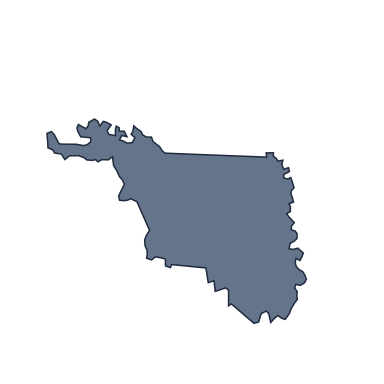 Pranchita, Paraná, Brazil (Albers equal-area conic projection), rotated 217°
{"feature_id": "56859067B45409060945550", "entity_name": "Pranchita", "entity_type": "district", "adm_level": 2, "iso_a3": "BRA", "parent_name": "Brazil", "parent_adm1": "Paraná", "projection": "albers", "projection_center": [-53.701, -25.973], "detail": "fine", "context": "isolated", "style": "filled", "palette": "slate", "viewbox_px": 384, "rotation_deg": 217, "n_neighbors": 0, "source": "geoboundaries", "source_scale": "gbopen_adm2", "svg_char_len": 2246}
<svg xmlns="http://www.w3.org/2000/svg" viewBox="0 0 384 384"><g transform="rotate(217 192 192)"><path d="M313.1,141.4L311.6,147.1L304.7,152.6L298.8,154.5L295.6,154.2L290.7,157.2L288.5,159.8L285.3,159.5L283.3,163.7L278.2,167.3L276.7,172.3L270.5,165.9L264.8,163.7L259.0,160.6L254.8,159.7L250.7,157.5L248.2,144.6L244.8,141.8L241.0,144.2L238.5,146.7L237.0,149.7L230.1,151.1L202.8,135.8L202.3,129.8L201.0,125.2L197.0,120.7L193.0,118.6L190.3,115.4L188.4,111.7L183.4,113.5L182.2,118.1L177.9,120.4L172.9,122.5L168.7,117.0L163.8,118.6L164.5,121.8L135.2,139.7L124.5,129.4L121.0,134.3L113.6,126.6L107.4,135.7L103.8,135.7L101.9,133.2L94.3,123.1L93.2,126.3L63.5,124.4L60.5,128.3L62.0,132.0L63.5,136.6L61.1,141.6L57.3,141.0L54.7,138.6L50.6,135.2L50.1,140.8L49.1,145.0L44.7,145.1L40.9,146.3L41.0,150.3L41.1,153.7L42.2,156.9L42.9,161.0L43.3,165.6L43.2,169.6L45.8,172.0L48.0,175.7L52.3,177.3L53.4,180.8L49.3,182.6L47.5,187.1L48.2,191.2L51.6,193.4L55.4,195.0L60.5,194.5L64.2,195.4L67.4,198.2L68.9,201.5L64.5,202.3L65.4,207.1L66.4,210.3L69.9,210.5L73.6,210.9L76.6,207.1L80.3,205.0L82.7,210.0L80.8,214.2L80.2,218.1L83.2,222.1L86.4,222.9L90.1,221.5L92.1,224.9L91.8,229.1L96.2,229.9L100.0,230.5L103.4,231.8L101.7,235.6L104.4,239.3L107.4,240.9L104.9,245.1L108.9,248.2L112.0,250.2L113.5,253.1L113.0,256.8L116.1,259.0L119.3,261.3L121.8,263.0L123.3,260.1L127.2,258.4L129.3,261.4L127.8,264.1L126.6,267.1L129.5,269.5L132.4,265.5L136.7,267.8L138.6,272.1L142.1,268.2L144.7,269.6L148.3,269.4L150.6,272.3L156.3,267.9L153.5,264.7L202.0,231.0L236.8,206.9L240.5,206.9L245.1,208.7L253.6,208.8L257.4,211.5L261.4,208.5L265.7,207.9L268.8,209.6L274.4,209.4L278.3,209.8L275.7,204.8L275.3,201.4L270.3,201.1L269.4,195.4L273.2,192.0L277.2,191.5L281.4,190.0L282.0,194.9L277.2,197.0L282.8,199.8L286.6,196.8L288.9,199.5L292.1,199.0L290.8,195.9L287.1,190.9L293.0,188.0L296.7,189.8L296.9,197.0L302.6,196.1L305.4,195.0L305.3,189.2L309.8,191.8L313.8,191.6L316.4,185.6L314.6,182.0L314.9,178.7L323.4,177.5L322.4,173.8L319.6,171.6L314.1,169.1L305.6,174.3L303.1,171.1L304.2,166.6L306.6,163.8L313.3,160.4L324.5,152.1L327.2,150.5L336.2,154.8L340.6,155.7L343.1,151.5L336.3,143.9L333.6,140.6L328.4,141.8L325.3,140.4L319.1,143.7L313.1,141.4Z" fill="#64748b" stroke="#1e293b" stroke-width="1.5"/></g></svg>